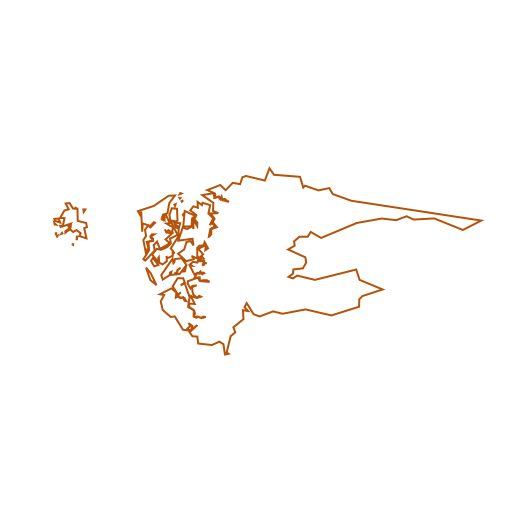 outline of David, Chiriquí, Panama, rotated 108°
{"feature_id": "35544464B4717226524239", "entity_name": "David", "entity_type": "district", "adm_level": 2, "iso_a3": "PAN", "parent_name": "Panama", "parent_adm1": "Chiriquí", "projection": "mercator", "projection_center": [-82.37, 8.424], "detail": "fine", "context": "isolated", "style": "outline", "palette": "amber", "viewbox_px": 512, "rotation_deg": 108, "n_neighbors": 0, "source": "geoboundaries", "source_scale": "gbopen_adm2", "svg_char_len": 6188}
<svg xmlns="http://www.w3.org/2000/svg" viewBox="0 0 512 512"><g transform="rotate(108 256 256)"><path d="M199.5,311.9L208.4,322.7L209.2,314.5L210.3,313.6L213.2,313.6L210.7,309.4L211.3,308.6L212.6,308.2L213.1,307.3L210.9,307.2L210.4,306.9L213.1,305.2L211.6,304.1L211.4,303.2L211.6,302.4L212.5,301.5L212.3,300.0L213.0,298.6L213.2,305.3L210.7,306.9L212.7,306.8L213.3,307.4L212.8,308.4L211.0,309.5L213.7,313.4L209.3,315.7L214.7,325.9L218.6,313.0L226.4,310.8L226.9,305.1L229.5,312.1L233.4,306.9L237.2,307.6L240.8,302.1L244.2,306.9L249.2,305.3L251.7,306.3L252.2,306.8L244.4,307.8L240.0,303.7L238.5,308.8L241.1,309.5L233.3,308.4L230.3,314.4L221.8,315.3L221.9,323.3L224.3,323.1L222.6,328.3L228.1,326.2L228.1,330.9L232.9,332.6L235.5,325.4L240.1,325.9L242.3,322.2L245.7,321.2L240.7,326.8L249.5,323.9L247.3,325.6L251.7,329.9L251.4,334.5L265.4,334.6L259.2,321.7L265.3,318.7L262.0,322.8L264.2,326.4L271.9,326.3L277.9,330.8L282.5,320.7L278.2,314.2L276.9,314.8L276.5,316.4L276.0,316.4L276.4,311.1L266.3,314.4L263.7,313.0L262.1,309.1L258.7,309.2L263.5,304.0L266.2,306.0L261.2,307.1L267.0,313.1L270.7,306.8L275.6,309.5L273.2,307.5L275.2,303.9L273.5,307.5L277.9,307.5L276.6,305.3L276.7,303.8L280.8,303.6L280.2,302.8L279.1,303.6L278.1,302.9L278.4,300.4L278.3,302.8L280.4,302.7L280.9,303.8L276.9,304.1L278.2,307.2L276.2,309.2L279.5,308.5L277.6,309.7L280.4,309.8L281.0,314.2L284.2,316.0L285.0,313.7L285.5,316.1L292.7,308.8L290.0,306.6L290.0,304.1L288.4,304.4L287.9,304.0L289.8,301.7L288.2,301.4L288.1,300.6L288.4,299.9L289.9,301.7L288.3,303.9L290.3,304.0L290.4,306.6L296.2,307.8L293.6,303.0L296.9,301.6L295.1,298.1L294.2,295.1L295.0,292.2L297.2,301.6L294.6,304.7L301.0,312.9L303.4,312.4L307.1,308.3L304.1,307.3L302.3,303.4L305.5,307.4L311.6,304.2L314.1,299.3L311.4,297.7L311.7,295.8L314.3,299.3L314.1,306.0L320.5,299.4L321.9,304.8L324.9,304.0L326.9,298.0L329.8,296.2L332.6,296.3L333.0,294.2L331.6,293.3L331.7,288.8L330.0,287.6L329.5,284.9L332.0,288.7L331.8,292.6L333.2,293.7L332.9,296.6L327.0,298.3L325.3,304.9L315.7,306.4L303.9,315.4L307.2,318.6L303.1,315.6L299.7,318.4L301.3,323.6L310.5,325.9L316.9,318.3L313.8,316.2L317.3,318.2L319.2,315.5L317.6,312.4L318.4,310.5L320.2,309.8L319.9,309.0L320.4,308.4L320.6,310.1L317.9,312.6L319.5,314.7L318.7,317.9L320.3,319.4L315.3,320.4L312.9,326.4L322.1,335.6L321.5,331.3L328.6,332.6L336.2,328.0L340.3,318.3L338.6,314.6L348.7,302.7L347.4,295.3L346.2,298.8L342.7,296.9L340.8,299.4L342.1,295.0L346.0,294.9L339.8,290.4L349.0,295.6L352.0,291.7L350.8,286.9L357.1,283.9L354.3,270.4L348.7,264.3L350.0,259.7L359.3,255.1L357.5,251.9L356.7,254.1L340.1,255.3L335.0,252.1L330.8,255.5L319.9,248.4L311.6,251.7L310.8,246.5L308.2,251.1L303.6,250.3L312.1,240.3L312.4,233.9L303.4,222.6L302.7,212.9L291.5,192.4L289.2,165.9L272.4,142.3L265.2,144.4L261.2,142.4L248.7,125.2L246.7,150.1L237.9,156.5L260.5,192.6L261.9,210.8L265.9,213.9L265.8,218.6L261.5,215.4L257.2,216.3L253.3,207.6L246.7,206.2L242.0,208.7L239.9,227.5L234.2,222.4L230.3,224.3L224.3,220.7L221.7,212.8L216.2,211.4L218.7,199.7L193.5,170.4L181.5,148.0L178.6,133.7L171.7,125.1L172.6,117.3L165.2,98.1L167.3,67.3L152.7,52.7L174.0,182.4L173.4,202.1L168.8,207.3L174.3,216.9L174.0,231.1L176.3,232.2L167.1,238.6L173.2,264.0L168.4,270.3L181.5,270.9L183.0,290.3L185.4,293.3L192.6,293.3L193.6,300.7L202.8,305.3L199.5,311.9ZM249.9,382.2L254.1,377.3L250.8,379.9L250.1,378.6L268.1,371.7L260.1,373.7L260.0,365.7L255.4,363.6L255.6,362.3L261.5,365.2L260.2,367.7L265.2,369.7L271.1,366.7L275.6,368.1L286.7,361.9L281.1,361.1L276.4,364.3L273.3,359.3L272.3,359.5L271.1,362.0L269.7,362.5L267.5,361.6L266.8,359.4L270.1,362.1L271.4,359.2L273.5,358.5L275.6,362.7L283.6,359.5L293.9,362.1L294.6,359.9L282.1,354.0L277.3,356.7L272.9,354.6L278.9,349.5L270.5,341.8L268.2,347.1L260.3,342.7L261.3,348.6L258.8,350.9L261.1,348.5L258.5,347.3L259.5,342.9L254.3,344.0L252.8,351.3L251.4,348.2L244.4,354.7L247.7,356.9L247.5,354.7L250.3,354.1L250.7,355.0L250.1,357.0L250.6,357.9L249.8,356.7L250.1,354.9L248.0,357.3L245.4,357.2L242.7,353.4L232.4,354.8L223.5,351.8L225.7,357.7L239.9,368.6L249.9,382.2ZM286.7,355.3L291.4,348.0L290.5,347.0L288.2,348.4L287.1,348.1L290.7,346.6L292.0,348.3L292.8,342.2L288.5,339.2L283.7,341.1L285.6,339.7L281.4,335.2L277.8,336.6L278.7,334.1L275.1,339.4L261.5,335.9L254.1,337.9L253.4,341.0L250.0,343.9L248.3,343.6L246.6,341.6L235.5,345.7L236.6,350.9L243.9,351.0L248.6,348.4L248.1,344.6L250.1,347.1L260.2,337.1L266.0,343.1L270.3,340.9L274.9,343.2L279.5,348.3L279.8,352.5L286.7,355.3ZM280.3,454.1L279.2,449.8L287.6,449.0L282.6,442.3L286.7,443.7L284.2,441.6L286.3,441.1L291.4,445.0L292.8,444.5L288.0,441.2L289.7,437.4L286.9,434.8L288.5,429.8L291.6,429.9L291.6,422.7L282.6,428.0L280.8,425.7L277.1,427.7L277.7,436.4L266.2,440.4L267.5,444.5L263.3,449.7L264.9,453.2L269.5,448.6L272.0,452.3L280.3,454.1ZM303.5,340.2L307.2,337.4L300.7,332.1L298.4,332.7L297.2,331.6L300.4,331.4L298.2,326.4L296.6,328.2L297.6,326.2L293.7,326.4L290.4,324.2L293.9,326.2L297.6,325.3L296.8,323.1L286.1,319.3L281.1,326.1L284.0,332.1L287.1,331.8L288.4,332.3L284.3,334.5L303.5,340.2ZM235.2,337.7L250.5,334.3L247.6,326.4L240.1,328.4L236.6,325.9L235.2,337.7ZM301.0,357.0L311.5,349.1L314.4,341.7L305.0,350.7L301.0,357.0ZM293.1,354.3L297.3,349.6L294.7,346.1L289.7,353.4L293.1,354.3ZM249.4,343.7L251.3,342.6L251.4,341.0L252.7,338.0L248.2,338.3L249.4,343.7ZM283.0,459.3L284.7,458.2L284.7,452.6L281.4,455.4L283.0,459.3ZM293.5,321.0L292.6,318.9L289.3,319.2L291.0,320.7L293.5,321.0ZM237.0,337.3L239.3,338.4L239.8,337.8L238.7,337.2L237.0,337.3ZM265.0,434.5L267.3,433.5L264.5,432.7L265.0,434.5ZM251.6,340.9L253.4,340.5L253.0,339.0L251.6,340.9ZM292.9,432.4L296.4,431.5L292.7,431.8L292.9,432.4ZM232.3,349.5L233.4,348.5L231.5,348.5L232.3,349.5ZM225.5,342.5L226.9,343.8L227.3,343.3L225.5,342.5ZM265.0,442.4L266.1,442.7L266.2,442.4L265.0,442.4ZM296.3,453.5L298.1,452.6L296.1,453.1L296.3,453.5ZM287.0,457.9L288.2,457.2L288.0,455.9L287.0,457.9ZM301.6,434.0L301.9,433.4L300.5,433.4L301.6,434.0ZM219.5,347.4L220.8,347.7L219.6,346.2L219.5,347.4ZM224.3,345.9L224.4,346.6L224.8,346.1L224.3,345.9ZM287.8,451.5L288.5,451.0L287.3,450.4L287.8,451.5ZM298.3,451.4L299.9,451.0L297.9,451.0L298.3,451.4ZM293.9,447.6L295.1,448.0L294.4,447.1L293.9,447.6Z" fill="none" stroke="#b45309" stroke-width="2"/></g></svg>